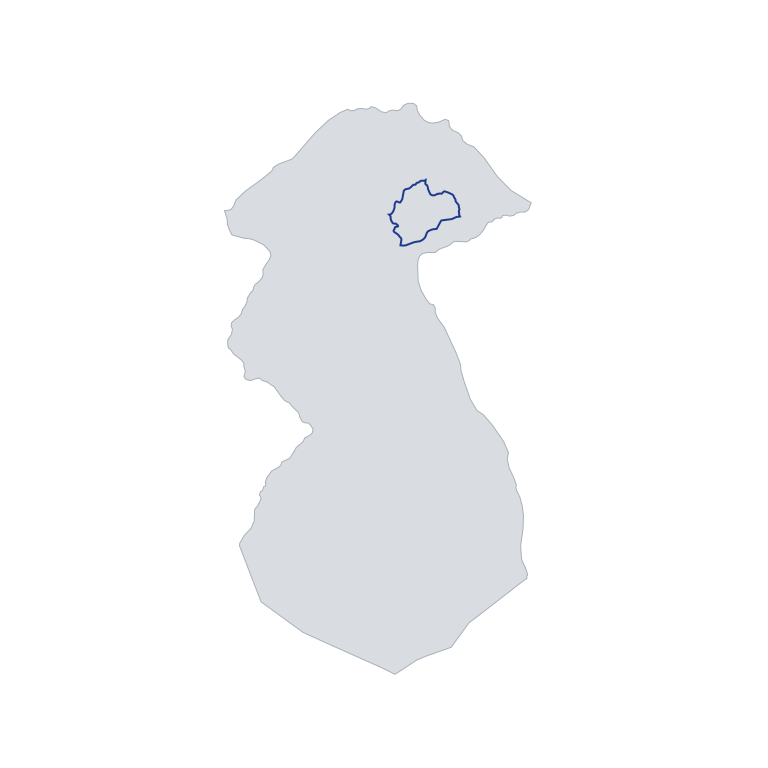 where Paraguarí sits in Paraguay, rotated 218°
{"feature_id": "PRY-611", "entity_name": "Paraguarí", "entity_type": "Department", "adm_level": 1, "iso_a3": "PRY", "parent_name": "Paraguay", "parent_adm1": "", "projection": "orthographic", "projection_center": [-57.025, -26.024], "detail": "fine", "context": "in_parent", "style": "outline", "palette": "blue", "viewbox_px": 768, "rotation_deg": 218, "n_neighbors": 0, "source": "natural_earth", "source_scale": "10m", "svg_char_len": 5460}
<svg xmlns="http://www.w3.org/2000/svg" viewBox="0 0 768 768"><g transform="rotate(218 384 384)"><path d="M399.9,188.5L401.1,192.8L401.9,196.2L403.8,198.5L405.7,201.7L407.5,203.4L408.8,206.4L408.5,209.7L409.3,214.1L410.2,217.8L411.2,218.8L413.8,219.8L415.2,223.2L414.2,224.9L414.6,226.9L415.6,228.8L414.7,230.7L415.2,232.1L417.0,233.4L418.7,238.1L418.9,246.3L417.1,250.6L415.6,254.2L415.3,256.4L416.4,259.5L414.6,263.3L412.4,267.9L412.9,271.0L413.3,274.0L413.5,277.2L414.1,280.1L413.4,283.3L412.7,286.1L412.3,289.3L413.3,292.8L411.6,296.2L410.7,298.6L410.4,301.0L412.0,304.7L416.3,306.3L419.6,306.6L422.7,304.6L425.1,304.0L429.5,305.8L433.6,308.9L438.7,309.3L443.3,309.9L446.8,310.9L452.0,309.7L457.3,310.9L463.5,312.6L468.7,314.2L473.8,313.8L477.7,313.6L481.7,311.9L485.6,312.1L488.5,308.9L490.2,306.2L491.7,304.2L495.9,302.6L498.9,303.6L501.2,308.8L505.5,311.8L507.1,314.0L510.2,315.0L517.0,315.2L521.2,315.1L526.0,316.7L529.1,316.7L531.9,319.5L534.4,322.9L534.7,329.0L537.1,333.8L540.2,335.6L541.8,338.6L541.2,342.8L539.7,346.9L539.8,351.5L541.4,355.7L541.4,359.8L542.4,364.0L544.6,367.6L545.3,373.4L544.9,377.5L546.3,379.9L546.8,383.3L545.9,386.1L545.5,389.8L545.6,393.2L546.7,396.0L549.9,399.6L550.7,406.0L550.7,410.3L552.1,415.5L554.8,417.9L559.1,418.8L564.2,419.6L570.4,418.5L575.8,417.2L578.9,415.9L585.0,412.2L590.3,410.1L593.0,408.8L595.6,407.9L600.8,410.3L605.6,413.4L609.4,417.6L616.4,422.4L615.0,423.4L612.1,427.1L612.0,431.5L613.9,437.8L611.9,451.1L606.0,471.4L603.6,483.2L604.5,486.6L602.4,492.5L594.7,505.1L594.2,513.7L592.9,539.5L590.1,557.6L585.7,571.0L581.8,578.1L578.4,578.9L575.9,581.0L574.4,584.4L571.6,587.2L567.5,589.4L565.3,591.9L564.9,594.6L561.0,596.3L553.7,596.9L549.3,599.1L548.0,602.6L545.5,605.4L541.8,607.4L540.0,610.9L540.2,615.7L538.0,619.8L533.6,623.2L529.6,623.3L526.0,620.0L521.1,617.8L514.9,616.6L509.7,617.4L505.6,620.1L501.9,624.4L498.7,630.3L495.1,631.3L491.2,627.3L486.3,626.1L480.3,627.6L475.5,627.1L472.0,624.4L466.5,624.1L459.2,626.2L444.3,623.8L421.8,617.1L402.8,614.7L379.5,617.4L377.5,610.3L378.7,606.4L382.4,603.5L384.8,600.2L385.7,596.5L388.3,593.7L392.5,591.7L394.3,589.8L393.6,587.8L394.5,586.1L397.0,584.5L398.4,582.1L398.7,578.9L399.6,577.3L401.2,576.0L401.4,573.8L400.4,566.8L400.5,561.1L401.6,556.7L403.0,554.0L404.0,553.3L404.9,551.7L405.3,549.0L406.8,546.5L414.3,541.3L417.1,538.5L417.3,536.0L418.4,532.5L422.9,525.1L424.2,521.6L424.3,519.9L425.9,518.1L431.3,513.9L434.2,510.0L434.6,506.4L433.3,502.3L430.2,497.7L420.5,486.2L413.0,481.0L403.3,476.8L397.0,475.4L394.0,477.0L390.9,475.8L387.7,472.0L382.4,468.9L371.2,465.7L345.8,452.6L335.5,446.3L332.0,442.3L322.4,435.3L306.7,425.2L294.7,420.4L286.4,420.9L273.0,418.2L254.5,412.4L243.7,406.6L240.7,400.7L233.8,395.0L222.9,389.4L217.2,385.6L216.7,383.8L213.4,381.4L207.4,378.6L200.7,373.6L193.3,366.5L185.3,355.5L176.6,340.4L167.5,330.4L158.0,325.4L153.2,322.0L153.1,320.3L151.6,318.7L152.8,315.7L155.8,303.8L160.1,286.7L164.6,268.9L170.0,248.0L169.5,233.3L169.0,217.9L177.3,204.9L183.2,195.6L188.2,186.8L193.2,172.0L196.6,162.0L210.3,159.2L233.6,153.4L245.3,150.5L269.9,144.4L294.9,138.4L321.3,137.5L346.8,136.7L366.7,148.6L381.9,157.7L398.6,167.8L399.7,170.0L400.9,178.6L399.9,188.5Z" fill="#d9dde1" stroke="#a8b0b8" stroke-width="1"/><path d="M478.9,517.2L480.6,518.4L481.8,519.9L482.2,520.2L482.5,520.3L484.3,520.6L483.4,521.4L483.0,522.5L482.9,523.5L482.9,524.6L483.2,526.4L483.8,528.3L484.2,529.2L484.6,529.9L485.8,531.5L486.3,532.4L486.8,534.1L486.8,535.0L486.5,535.6L486.0,535.9L483.7,536.5L483.3,536.7L483.0,537.1L483.0,537.5L483.0,537.8L483.3,540.2L483.5,541.1L483.9,541.9L487.4,548.5L487.0,550.5L486.8,551.0L484.9,553.1L484.5,553.8L483.9,556.1L483.7,558.3L483.6,558.8L483.3,559.3L482.2,560.1L482.0,560.4L481.9,560.7L482.0,561.3L482.1,561.8L482.0,562.4L481.8,563.1L481.1,563.8L480.7,564.3L480.5,565.0L480.5,565.7L480.2,566.4L479.8,567.1L478.7,568.0L478.1,568.4L477.3,569.1L476.8,570.4L474.9,567.4L474.4,567.1L473.7,566.9L473.1,567.1L472.1,567.0L471.1,566.3L469.3,564.8L468.2,564.1L465.0,562.4L464.6,562.2L464.1,562.1L463.6,562.1L463.0,562.2L462.5,562.3L462.1,562.5L461.7,562.7L460.9,563.4L460.3,564.0L459.8,564.8L459.5,565.5L459.3,566.1L459.1,566.5L458.9,566.9L458.3,567.1L458.0,567.5L457.8,567.8L457.7,568.1L457.5,568.3L457.1,568.7L456.4,569.0L455.9,569.3L455.6,569.9L455.5,570.7L455.5,571.6L455.4,572.3L455.1,572.9L454.4,573.3L451.6,574.3L446.9,575.4L445.4,575.3L444.3,574.7L443.4,574.1L442.0,573.7L441.2,573.3L440.7,572.8L440.3,572.3L439.6,571.9L435.7,571.1L435.0,570.7L434.6,570.2L434.2,569.7L433.8,569.3L432.5,568.5L432.1,568.1L431.9,567.6L431.6,566.6L431.3,566.0L430.9,565.6L430.3,565.3L430.0,565.0L429.1,563.7L427.2,562.8L428.3,561.6L429.4,560.7L430.0,559.7L432.1,555.7L439.2,548.5L439.5,548.0L439.5,547.4L438.0,538.7L440.5,536.2L441.7,534.6L443.2,531.8L443.4,530.5L443.3,529.5L442.0,525.4L441.9,524.0L442.1,522.3L442.8,520.2L443.4,519.0L444.0,518.1L445.9,516.2L447.7,514.1L452.2,506.7L452.6,506.3L454.2,504.8L456.4,503.4L459.1,508.4L459.6,508.9L460.4,509.5L461.8,509.6L462.5,509.7L463.7,510.1L464.7,510.3L465.2,510.4L469.2,510.1L469.7,510.1L470.4,510.3L470.8,510.7L471.0,511.2L471.2,512.8L471.4,513.2L471.7,513.9L471.8,514.2L471.8,514.4L471.7,514.7L471.6,515.0L470.9,515.7L470.3,516.3L470.1,516.6L470.0,516.8L470.2,517.2L470.6,517.4L471.0,517.6L472.7,517.7L473.0,517.7L473.4,517.6L473.8,517.3L474.2,517.1L474.6,516.8L475.1,516.5L475.7,516.2L476.2,516.2L476.6,516.3L478.9,517.2Z" fill="none" stroke="#1e3a8a" stroke-width="2"/></g></svg>